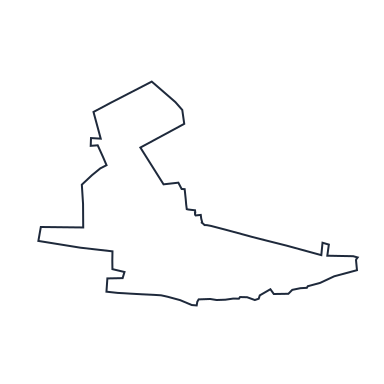 the district of City of Tomok, Chuy, Kyrgyzstan, rotated 174°
{"feature_id": "92254566B71058624193805", "entity_name": "City of Tomok", "entity_type": "district", "adm_level": 2, "iso_a3": "KGZ", "parent_name": "Kyrgyzstan", "parent_adm1": "Chuy", "projection": "natural_earth1", "projection_center": [75.292, 42.818], "detail": "fine", "context": "isolated", "style": "outline", "palette": "slate", "viewbox_px": 384, "rotation_deg": 174, "n_neighbors": 0, "source": "geoboundaries", "source_scale": "gbopen_adm2", "svg_char_len": 1327}
<svg xmlns="http://www.w3.org/2000/svg" viewBox="0 0 384 384"><g transform="rotate(174 192 192)"><path d="M34.1,109.6L38.4,111.3L41.6,111.7L51.3,112.9L64.1,114.5L61.4,125.4L67.5,127.9L70.0,115.7L70.8,116.0L103.6,128.8L123.0,135.9L137.6,141.3L139.1,141.9L162.6,151.0L176.7,156.3L180.7,157.5L183.0,157.8L183.6,158.6L184.3,159.4L185.5,160.5L185.1,161.2L185.6,164.5L185.7,168.3L190.8,168.3L191.3,169.1L191.2,171.1L190.9,171.2L190.9,173.5L195.0,174.4L197.6,175.0L199.0,175.5L199.1,180.3L199.0,185.3L199.0,195.6L202.0,196.1L204.6,202.7L219.5,202.6L238.7,241.6L192.6,260.6L193.1,274.6L199.1,283.1L220.5,306.0L264.1,289.0L281.6,281.9L277.2,254.6L286.8,256.2L287.9,248.5L280.9,248.3L276.8,236.0L274.2,227.6L280.7,225.1L289.7,219.2L300.8,210.8L301.6,191.5L303.9,168.1L346.0,173.0L349.9,159.4L308.9,148.3L277.3,141.3L278.4,132.3L279.2,123.6L267.5,119.5L270.0,113.6L285.2,114.9L287.5,101.8L276.4,99.4L270.1,98.4L263.6,97.3L252.4,95.5L240.7,93.7L233.6,92.5L230.2,91.4L227.0,90.3L215.1,85.7L204.0,79.6L199.2,78.7L198.2,82.3L196.6,84.5L185.1,83.7L178.8,82.0L170.1,81.4L162.1,81.7L156.5,81.0L155.2,82.5L148.2,81.6L140.8,78.0L136.8,78.9L135.4,82.1L124.2,87.1L121.3,82.0L106.8,80.7L102.5,84.2L94.3,85.0L87.8,84.7L86.7,86.2L74.1,88.2L59.4,93.3L36.1,97.0L36.0,107.2L35.5,108.1L34.1,109.6Z" fill="none" stroke="#1e293b" stroke-width="2"/></g></svg>